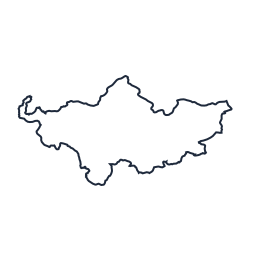 Manandriana, Amoron'i Mania, Madagascar, rotated 80°
{"feature_id": "10022922B47245353926014", "entity_name": "Manandriana", "entity_type": "district", "adm_level": 2, "iso_a3": "MDG", "parent_name": "Madagascar", "parent_adm1": "Amoron'i Mania", "projection": "natural_earth1", "projection_center": [47.016, -20.748], "detail": "fine", "context": "isolated", "style": "outline", "palette": "slate", "viewbox_px": 256, "rotation_deg": 80, "n_neighbors": 0, "source": "geoboundaries", "source_scale": "gbopen_adm2", "svg_char_len": 5834}
<svg xmlns="http://www.w3.org/2000/svg" viewBox="0 0 256 256"><g transform="rotate(80 128 128)"><path d="M179.6,161.8L179.2,161.2L178.1,160.3L175.9,159.4L175.8,158.7L175.4,157.8L173.7,156.6L172.0,155.0L171.9,153.9L170.0,152.4L168.0,151.4L166.7,151.1L163.8,151.0L162.8,150.7L162.0,151.0L160.5,151.9L160.9,149.3L161.6,147.6L161.6,146.9L161.4,146.0L160.9,145.1L159.8,144.2L159.6,142.8L158.2,141.3L158.0,140.8L158.1,140.2L158.4,139.4L158.9,139.0L159.1,138.4L159.0,137.4L159.1,136.6L159.5,135.8L160.5,134.3L161.1,132.9L162.3,131.5L162.8,131.3L163.6,131.2L164.3,131.7L165.6,133.1L165.9,132.5L165.8,131.0L166.0,129.3L166.3,128.3L166.7,127.9L167.9,127.5L168.2,126.8L171.4,126.2L172.9,125.4L174.0,125.2L173.6,124.5L173.7,124.2L173.9,123.8L174.0,123.2L174.4,122.2L174.9,121.9L175.2,121.4L174.8,117.3L175.3,115.9L175.6,115.2L176.1,114.8L175.2,112.3L174.2,110.9L171.2,109.1L171.2,104.9L171.6,103.8L172.2,102.6L172.7,101.0L172.5,100.3L171.9,98.6L171.3,98.6L169.7,99.2L168.2,99.4L167.6,99.2L167.3,98.6L168.0,96.6L167.8,96.1L168.5,96.4L169.4,96.0L170.6,95.0L171.1,93.9L171.1,93.1L170.9,91.7L171.4,90.9L171.1,89.4L171.4,86.5L170.3,84.2L170.8,83.8L170.8,83.3L170.1,82.6L169.9,81.8L169.6,81.5L167.3,80.7L166.0,79.8L165.5,79.2L165.2,77.9L165.1,77.1L164.0,76.3L163.3,75.3L162.7,74.9L162.0,75.0L161.9,74.3L162.0,73.3L162.3,72.6L163.4,71.1L164.9,67.9L165.7,68.0L166.1,67.8L166.4,67.5L166.1,66.6L166.4,66.7L166.8,66.6L166.9,66.1L166.9,63.3L166.6,61.6L166.1,60.5L166.0,59.2L165.7,58.7L166.4,57.5L166.5,56.9L166.4,56.3L166.1,55.9L165.4,56.1L164.8,56.1L164.9,55.8L163.8,56.1L161.7,56.1L158.9,55.1L158.4,55.2L157.5,56.2L156.7,58.7L155.9,59.1L154.9,60.7L154.2,60.7L153.9,59.4L153.5,58.6L153.5,56.1L152.9,52.0L151.8,48.4L150.6,45.8L147.6,42.0L148.1,40.0L148.7,38.4L148.9,36.7L147.1,36.5L145.8,35.7L144.6,36.0L142.6,35.2L141.5,35.4L139.3,36.4L138.4,36.4L135.3,34.2L132.1,33.7L130.9,33.1L130.2,32.3L130.4,31.0L130.3,29.9L130.1,29.7L128.8,30.3L128.6,29.9L128.4,27.4L128.2,26.6L127.7,23.1L127.4,22.8L127.0,22.7L126.0,23.2L124.4,24.3L123.3,25.3L118.5,26.3L118.7,27.2L118.8,28.4L118.2,33.5L118.7,35.6L119.9,37.4L119.8,38.2L118.3,40.4L118.2,40.8L118.4,42.0L118.7,42.5L118.7,44.8L119.3,46.7L119.2,48.9L118.6,51.7L118.1,52.7L117.4,53.6L116.1,55.7L114.8,56.9L114.1,57.9L113.9,58.4L113.8,60.1L112.7,61.2L111.6,63.4L110.8,65.3L110.0,66.7L109.4,68.3L109.1,71.1L109.3,74.2L109.5,74.8L111.8,74.4L113.3,74.9L115.7,77.5L116.7,79.4L119.5,80.9L120.2,81.5L120.8,82.3L121.3,83.9L122.0,85.2L122.1,86.2L121.9,88.0L121.7,88.6L121.0,89.4L120.5,89.8L119.7,90.0L117.1,90.2L116.5,90.8L116.3,91.2L116.1,92.4L116.3,93.4L116.3,94.6L116.6,95.8L117.3,97.4L117.3,98.1L117.3,99.0L117.0,99.6L116.7,99.9L115.1,100.2L113.7,101.6L113.2,101.8L112.1,101.4L111.1,100.1L110.4,99.6L109.3,99.4L108.5,99.5L107.5,100.2L104.9,103.7L103.0,105.4L99.5,110.1L97.6,112.0L96.9,112.3L96.3,112.2L95.7,111.6L95.3,110.6L94.4,110.2L93.4,110.3L92.4,110.1L91.9,110.3L91.4,110.6L89.2,113.0L86.5,117.0L85.0,118.1L84.2,119.6L83.9,119.9L82.8,120.0L80.6,119.2L79.0,119.7L78.2,119.3L77.8,119.4L76.4,121.2L76.5,122.3L77.6,124.8L78.1,126.4L78.1,128.6L78.6,130.2L79.1,131.1L82.6,135.4L83.3,136.6L84.3,139.5L84.8,140.6L85.5,141.5L86.3,142.0L88.1,142.0L88.6,142.2L89.9,143.4L90.8,144.5L91.5,145.8L92.0,147.5L92.0,149.0L92.4,149.3L93.7,150.2L95.5,150.6L97.5,152.7L99.3,153.4L99.5,153.9L100.2,157.5L100.2,158.2L99.3,161.0L97.7,163.9L96.8,164.5L96.6,164.9L96.4,165.7L96.4,167.0L96.3,167.3L93.2,172.3L92.9,174.0L92.7,177.3L92.3,178.1L91.7,178.7L91.5,179.5L91.7,180.4L92.1,181.3L92.1,183.1L92.3,183.6L93.0,183.9L94.1,183.6L94.7,183.8L95.1,184.3L95.5,185.7L95.9,186.4L95.4,187.8L95.8,188.4L95.8,189.4L95.7,190.1L97.3,191.3L98.4,192.7L99.1,193.9L99.2,194.4L99.1,195.6L98.6,197.0L98.2,200.6L97.4,202.7L97.4,203.5L97.5,204.8L98.0,206.4L98.3,206.6L98.9,206.5L99.3,206.7L98.7,207.5L97.0,208.3L97.2,209.0L97.1,209.3L96.3,210.0L95.5,210.2L94.6,211.0L92.5,211.4L92.2,211.8L92.7,212.3L92.8,212.6L92.3,213.6L92.3,214.4L93.8,215.5L95.2,216.3L96.2,217.7L97.1,219.7L97.3,220.4L97.2,221.0L96.9,221.8L96.9,222.4L97.5,222.9L97.6,223.3L96.7,223.9L96.8,225.0L96.6,225.5L96.1,226.2L95.3,226.6L94.9,226.6L94.4,225.9L93.1,225.4L90.9,225.2L88.4,223.7L87.9,223.7L86.9,224.1L86.2,224.0L85.7,223.5L85.4,223.0L85.2,221.1L85.0,220.8L84.7,219.7L83.6,219.0L82.9,218.3L82.1,218.5L81.6,218.4L80.7,217.8L80.4,218.0L80.2,219.7L80.0,219.9L79.6,219.7L79.9,221.8L81.2,223.1L81.6,224.3L82.9,226.4L83.8,226.5L84.7,226.3L85.3,226.8L85.9,227.5L86.7,227.5L87.3,227.7L87.6,230.0L87.9,231.1L88.9,231.4L90.0,232.4L91.6,232.1L93.8,232.6L95.2,232.6L95.9,233.1L97.1,232.8L97.7,233.3L98.7,233.0L99.2,232.7L100.8,228.6L102.7,227.5L104.4,225.7L105.1,223.7L105.4,220.9L104.9,218.2L105.1,216.0L106.1,214.7L107.2,214.3L108.6,214.2L109.8,213.4L111.1,214.6L111.9,215.0L114.0,217.0L115.4,218.6L116.4,218.7L117.4,218.5L118.2,218.1L121.3,215.4L122.6,215.1L124.9,215.6L126.8,215.3L129.7,213.6L130.5,212.7L132.1,210.0L133.1,208.8L133.0,208.2L132.1,207.5L131.9,207.0L132.0,206.2L132.5,204.3L132.3,203.7L132.7,203.4L134.7,202.9L136.1,202.2L136.6,201.7L136.8,200.8L136.7,200.1L136.4,199.8L135.6,199.6L133.9,198.1L133.2,197.8L131.9,197.6L131.5,197.3L131.2,196.9L131.4,195.9L132.2,194.0L133.9,190.8L134.1,190.6L135.1,190.6L135.3,190.4L136.1,188.7L137.4,187.9L138.6,186.0L140.9,184.2L142.3,182.5L144.9,181.4L146.7,181.5L148.5,181.2L150.4,181.2L152.7,180.8L155.7,180.9L156.6,181.5L158.9,181.3L159.4,180.8L159.5,180.4L159.2,179.4L159.6,178.4L159.6,178.2L159.4,177.9L158.8,177.6L158.7,177.1L159.2,176.7L159.7,176.9L160.3,176.7L161.0,175.6L161.4,174.6L161.7,174.2L163.2,173.5L163.8,173.7L164.7,175.1L165.4,175.4L165.6,175.6L165.4,176.3L165.4,176.7L166.1,177.4L167.1,177.4L167.7,177.7L168.2,177.6L168.3,177.4L168.9,177.9L170.6,177.0L171.9,176.7L173.4,175.8L174.7,174.4L176.7,172.3L177.9,170.4L178.2,169.5L177.8,167.2L177.8,166.5L179.5,164.2L179.6,161.8Z" fill="none" stroke="#1e293b" stroke-width="2"/></g></svg>